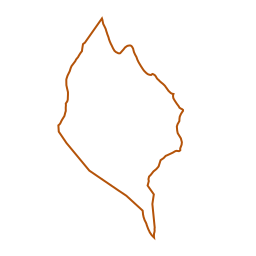 the district of Morne Cayenne, Vieux Fort, Saint Lucia, rotated 128°
{"feature_id": "8701671B31053612499035", "entity_name": "Morne Cayenne", "entity_type": "district", "adm_level": 2, "iso_a3": "LCA", "parent_name": "Saint Lucia", "parent_adm1": "Vieux Fort", "projection": "natural_earth1", "projection_center": [-60.957, 13.785], "detail": "fine", "context": "isolated", "style": "outline", "palette": "amber", "viewbox_px": 256, "rotation_deg": 128, "n_neighbors": 0, "source": "geoboundaries", "source_scale": "gbopen_adm2", "svg_char_len": 2924}
<svg xmlns="http://www.w3.org/2000/svg" viewBox="0 0 256 256"><g transform="rotate(128 128 128)"><path d="M61.3,175.7L61.4,176.6L61.7,177.2L62.3,177.9L62.9,178.4L63.6,179.0L64.6,179.4L65.4,179.6L66.3,179.9L67.3,179.9L68.8,179.9L70.4,180.0L73.8,180.2L74.3,180.5L74.6,180.9L74.8,181.2L75.1,181.8L75.2,182.3L75.3,182.9L75.5,183.8L75.6,184.5L75.5,185.4L75.5,186.2L75.2,186.9L74.9,187.6L74.6,188.5L74.2,189.3L73.8,190.1L73.5,190.7L73.1,191.5L72.5,192.7L72.2,193.5L71.7,194.3L71.3,195.1L70.9,195.8L70.5,196.4L69.8,197.6L69.0,198.6L68.3,199.6L67.7,200.6L66.8,202.1L66.2,202.9L65.1,204.6L64.3,205.7L63.6,206.7L62.9,208.1L62.4,209.1L61.9,210.2L61.6,210.8L61.3,211.5L60.9,212.0L60.4,212.6L59.8,213.3L59.3,213.9L59.0,214.3L58.8,214.4L57.7,216.0L87.4,214.5L88.3,214.8L89.6,215.1L92.0,213.8L93.6,212.9L95.8,211.6L98.1,211.6L101.2,211.3L102.7,211.0L106.0,211.1L107.8,210.7L114.0,210.6L116.2,210.0L119.1,208.9L123.9,207.9L127.0,206.8L128.0,206.3L130.0,204.7L132.2,202.9L134.3,200.4L136.7,197.4L138.6,195.9L142.8,192.9L144.3,192.3L147.0,192.1L148.2,191.0L150.3,189.6L152.9,187.5L154.5,186.9L157.7,185.5L161.4,185.1L163.0,184.9L166.1,184.2L167.4,184.2L168.8,184.5L169.0,184.3L173.5,180.3L177.7,167.3L185.4,132.2L183.1,97.0L182.4,87.6L184.1,65.6L185.4,64.3L186.7,63.1L186.9,62.9L187.8,61.8L188.6,60.9L188.7,60.7L190.3,58.3L191.0,56.8L191.5,55.7L191.9,55.0L192.1,54.6L192.3,54.3L192.8,53.7L194.9,50.3L195.6,49.0L195.9,48.3L196.4,47.3L196.9,46.5L197.0,46.0L197.2,45.4L197.8,43.5L198.1,41.7L198.3,40.0L198.1,40.2L197.3,41.0L196.6,41.5L195.0,42.6L194.4,42.8L193.7,43.1L193.2,43.4L192.6,43.7L191.4,44.8L190.5,45.4L190.1,45.6L172.9,62.0L164.4,66.8L161.3,77.1L157.1,78.9L155.7,80.4L153.3,81.5L150.9,81.2L146.6,81.2L143.0,80.4L141.7,80.3L139.5,80.2L133.3,82.5L129.8,81.4L127.4,81.2L126.7,81.1L124.9,80.1L120.0,77.6L117.2,76.5L116.1,75.7L114.9,73.6L114.2,73.3L113.4,73.1L111.9,74.3L108.1,75.5L106.0,76.8L103.6,80.0L101.5,85.6L99.8,87.6L96.8,90.4L94.4,91.3L93.5,91.4L90.9,91.8L89.1,93.1L87.2,94.2L84.4,94.9L82.5,95.1L80.6,95.2L79.9,95.8L79.9,97.2L80.2,98.4L80.3,100.0L79.7,101.3L78.8,104.6L77.6,108.2L76.6,110.6L75.3,112.0L74.2,112.8L73.2,113.1L73.5,113.8L73.9,114.5L74.0,115.2L74.1,115.7L74.0,116.8L73.9,117.9L73.7,119.4L73.5,119.9L73.3,120.5L73.2,121.1L73.0,121.5L72.8,122.2L72.7,122.7L72.5,123.4L72.2,124.2L72.0,125.1L71.9,125.9L71.8,126.5L71.8,127.1L71.7,127.6L71.7,127.9L71.7,129.7L71.6,131.1L71.6,131.8L71.4,132.7L71.3,133.7L71.3,134.6L71.2,135.1L71.1,135.6L70.9,136.2L70.7,136.7L70.4,137.4L70.1,138.3L69.9,139.2L69.9,140.0L70.0,140.6L70.1,141.2L70.3,141.9L70.6,142.1L71.1,142.2L71.9,142.4L72.2,142.8L72.6,143.4L72.9,144.1L73.2,144.8L73.4,145.8L73.4,146.7L73.4,147.6L73.2,149.1L73.0,150.7L72.4,152.7L71.3,155.9L70.1,159.0L69.4,160.7L69.0,161.4L68.5,162.5L67.8,163.6L66.9,165.0L66.3,166.4L65.7,167.8L65.1,168.9L64.6,169.9L64.0,170.7L63.1,171.9L62.4,172.7L61.9,173.8L61.6,174.5L61.3,175.7Z" fill="none" stroke="#b45309" stroke-width="2"/></g></svg>